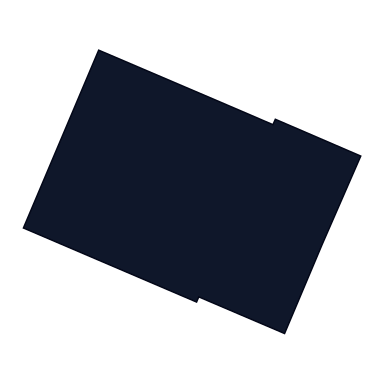 Gray, Kansas, United States of America, rotated 113°
{"feature_id": "52423323B18889846509117", "entity_name": "Gray", "entity_type": "district", "adm_level": 2, "iso_a3": "USA", "parent_name": "United States of America", "parent_adm1": "Kansas", "projection": "robinson", "projection_center": [-100.458, 37.739], "detail": "fine", "context": "isolated", "style": "filled", "palette": "ink", "viewbox_px": 384, "rotation_deg": 113, "n_neighbors": 0, "source": "geoboundaries", "source_scale": "gbopen_adm2", "svg_char_len": 305}
<svg xmlns="http://www.w3.org/2000/svg" viewBox="0 0 384 384"><g transform="rotate(113 192 192)"><path d="M97.9,333.3L291.0,333.1L291.5,144.8L285.9,144.8L286.0,98.1L286.1,51.5L189.5,51.7L93.0,50.7L92.5,143.7L98.4,143.8L98.2,193.3L97.9,333.3Z" fill="#0f172a" stroke="#020617" stroke-width="1.5"/></g></svg>